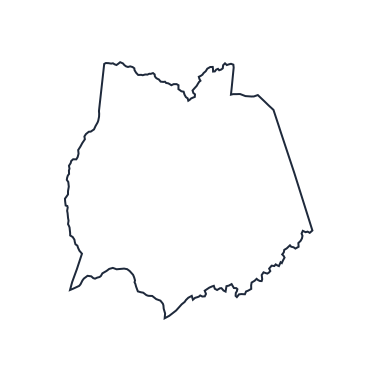 outline of Cabrobó, Pernambuco, Brazil, rotated 20°
{"feature_id": "56859067B41088445871412", "entity_name": "Cabrobó", "entity_type": "district", "adm_level": 2, "iso_a3": "BRA", "parent_name": "Brazil", "parent_adm1": "Pernambuco", "projection": "equal_earth", "projection_center": [-39.345, -8.388], "detail": "fine", "context": "isolated", "style": "outline", "palette": "slate", "viewbox_px": 384, "rotation_deg": 20, "n_neighbors": 0, "source": "geoboundaries", "source_scale": "gbopen_adm2", "svg_char_len": 3469}
<svg xmlns="http://www.w3.org/2000/svg" viewBox="0 0 384 384"><g transform="rotate(20 192 192)"><path d="M318.3,187.0L281.6,139.1L255.1,105.6L250.9,100.2L240.5,87.0L234.3,84.4L229.0,82.0L220.7,78.4L217.4,81.1L215.3,81.9L209.4,83.6L203.8,83.5L197.1,86.0L195.3,87.2L194.1,82.3L193.4,79.5L188.6,60.8L187.3,58.2L184.8,58.2L182.9,59.5L181.3,60.8L179.0,59.8L177.9,62.2L178.6,65.3L177.5,67.0L175.9,68.3L174.3,67.4L172.9,68.7L172.2,70.9L170.6,71.6L169.8,69.5L168.7,67.4L166.4,68.3L164.2,70.9L163.6,73.8L162.2,76.3L161.7,78.2L160.5,79.9L159.0,81.4L160.3,83.2L161.9,84.6L161.0,86.1L160.5,88.4L160.1,90.7L158.9,93.6L157.8,96.4L159.4,98.5L161.4,99.2L162.1,101.7L160.4,103.2L159.1,104.5L158.3,106.2L157.3,107.5L155.9,105.5L153.8,104.9L151.7,103.1L149.8,100.6L147.6,101.0L145.7,100.4L144.1,100.0L143.4,98.1L142.8,96.3L140.7,95.9L137.9,96.9L136.1,98.7L134.2,98.3L132.6,98.0L130.4,98.4L128.9,97.6L127.3,98.4L124.8,99.0L122.4,97.6L120.3,97.4L118.8,96.9L117.5,95.9L116.7,94.3L114.7,93.6L112.8,95.1L111.4,95.5L110.0,96.9L107.8,97.6L105.8,99.1L104.1,99.3L102.7,99.9L101.3,100.4L98.6,99.0L96.3,97.1L95.5,95.5L93.4,94.9L90.9,95.1L89.1,96.4L87.1,96.5L85.1,95.9L83.1,94.8L80.1,94.6L78.9,96.6L77.6,98.5L75.7,98.5L73.7,98.1L72.1,99.0L69.4,99.5L66.9,100.3L65.7,101.7L76.9,147.8L78.0,150.2L78.9,153.0L79.5,156.9L79.5,158.9L78.8,163.0L78.5,166.7L76.2,169.9L74.4,170.7L72.5,173.9L71.9,176.6L73.3,179.1L72.2,183.4L71.6,187.4L70.7,191.5L72.3,194.8L72.6,198.4L72.1,200.9L69.1,201.9L67.9,204.2L68.1,206.4L67.4,209.4L68.9,212.0L69.0,213.9L70.3,217.1L69.7,219.0L69.8,221.4L70.2,223.4L72.3,224.9L74.4,229.1L75.2,233.6L76.3,236.7L75.5,239.7L74.9,241.7L76.0,244.2L77.9,247.9L79.6,247.8L80.5,249.1L81.1,252.4L82.3,254.4L84.4,258.8L85.8,261.2L86.5,264.6L88.1,266.1L89.1,267.3L91.5,272.2L92.4,274.5L95.3,275.1L97.8,277.0L99.0,279.1L100.4,281.0L102.6,281.6L104.0,283.4L106.3,285.7L109.7,287.6L110.2,303.7L110.2,313.3L110.2,317.6L110.4,320.1L110.9,325.8L113.4,323.5L118.1,318.8L118.8,316.9L119.3,312.6L120.0,310.3L122.5,306.5L126.2,305.7L128.7,306.7L130.5,306.6L132.2,304.9L134.2,303.5L135.1,302.1L135.6,299.1L138.7,295.4L140.5,292.6L143.6,290.4L147.6,290.4L154.4,287.2L157.5,286.7L160.5,287.6L165.0,290.0L166.9,292.1L168.7,294.6L168.9,296.5L170.1,297.6L171.8,300.0L175.1,303.9L178.2,303.7L180.6,303.3L184.4,304.5L186.4,304.5L190.2,303.3L195.0,304.9L199.5,304.9L202.8,306.9L203.9,308.3L205.3,311.3L208.3,315.4L209.5,320.0L213.0,316.1L217.6,308.8L219.5,304.1L220.7,301.1L222.7,297.8L223.3,295.5L224.7,292.6L227.3,289.7L229.7,292.9L231.1,290.4L233.0,289.0L234.2,288.0L235.1,286.4L237.4,286.7L239.7,285.7L240.0,283.0L237.7,280.4L241.0,275.9L243.1,273.9L244.6,272.7L246.5,275.1L249.1,275.5L251.2,272.9L252.6,272.3L255.3,273.8L257.6,274.1L256.6,268.7L258.6,267.4L260.7,265.0L264.2,267.9L266.6,267.2L267.9,267.8L268.1,269.9L267.7,271.9L268.5,274.7L270.1,275.4L271.2,272.1L273.4,271.0L276.7,270.0L276.8,267.0L278.6,265.4L280.8,262.8L279.5,259.5L279.0,256.7L281.2,254.0L282.4,251.5L284.3,252.2L286.3,252.4L287.9,251.9L287.8,249.9L285.9,246.2L286.7,243.0L289.2,243.0L290.7,242.9L291.9,241.3L292.6,239.5L290.7,237.6L292.0,234.0L294.7,233.4L295.4,231.4L297.4,231.8L299.0,231.9L299.3,227.7L300.7,228.1L300.9,225.2L301.4,222.0L299.8,220.6L298.1,219.8L298.9,217.4L298.5,214.8L300.3,212.6L302.3,208.6L303.9,209.5L306.4,209.2L308.5,209.8L310.9,207.0L309.4,203.6L310.8,200.7L311.2,198.0L310.8,195.4L309.2,193.6L309.4,190.6L312.5,190.9L314.2,189.7L316.6,190.1L318.3,187.0Z" fill="none" stroke="#1e293b" stroke-width="2"/></g></svg>